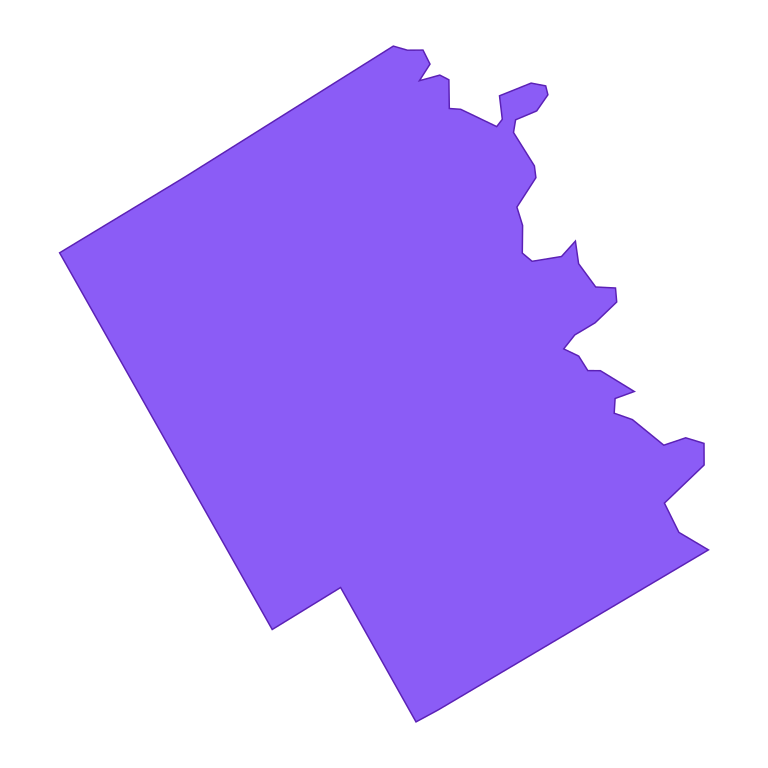 outline of Bosque, Texas, United States of America
{"feature_id": "52423323B51528806968962", "entity_name": "Bosque", "entity_type": "district", "adm_level": 2, "iso_a3": "USA", "parent_name": "United States of America", "parent_adm1": "Texas", "projection": "natural_earth1", "projection_center": [-97.489, 31.898], "detail": "fine", "context": "isolated", "style": "filled", "palette": "violet", "viewbox_px": 768, "rotation_deg": 0, "n_neighbors": 0, "source": "geoboundaries", "source_scale": "gbopen_adm2", "svg_char_len": 768}
<svg xmlns="http://www.w3.org/2000/svg" viewBox="0 0 768 768"><path d="M272.2,629.5L340.6,587.5L416.0,721.9L438.2,709.9L708.4,549.9L678.9,532.4L664.4,503.1L704.1,465.0L704.0,443.4L685.7,437.8L663.8,445.2L632.4,419.6L614.2,413.2L615.1,398.5L634.3,391.5L600.4,370.7L587.8,370.6L578.7,356.1L563.7,348.9L574.8,334.9L595.1,322.8L616.7,302.0L615.5,288.0L595.7,287.0L578.6,263.7L575.4,241.1L561.5,256.5L532.1,261.3L522.3,253.1L522.6,225.5L516.9,207.1L535.9,177.7L534.4,165.9L513.5,132.5L515.6,119.8L536.7,110.9L547.9,94.8L545.7,85.9L531.1,83.1L499.5,95.8L502.3,119.3L496.7,126.6L460.7,109.3L449.3,108.5L448.9,79.8L439.8,75.1L419.4,80.7L430.0,64.1L423.0,50.1L407.4,50.2L393.3,46.1L184.9,177.0L59.6,252.8L272.2,629.5Z" fill="#8b5cf6" stroke="#5b21b6" stroke-width="1.5"/></svg>